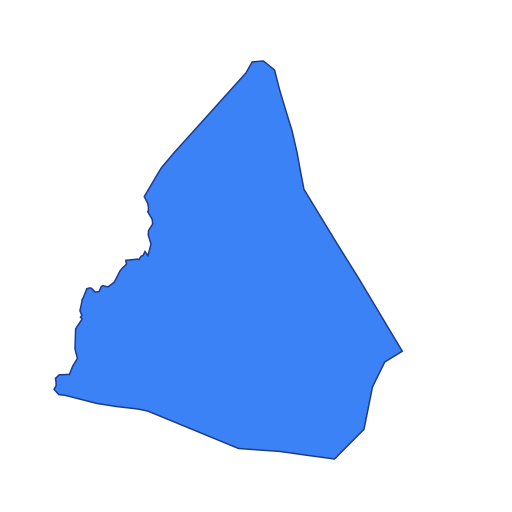 outline of San Agustín Tlacotepec, Oaxaca, Mexico, rotated 104°
{"feature_id": "50627088B32535788787618", "entity_name": "San Agustín Tlacotepec", "entity_type": "district", "adm_level": 2, "iso_a3": "MEX", "parent_name": "Mexico", "parent_adm1": "Oaxaca", "projection": "albers", "projection_center": [-97.514, 17.2], "detail": "fine", "context": "isolated", "style": "filled", "palette": "blue", "viewbox_px": 512, "rotation_deg": 104, "n_neighbors": 0, "source": "geoboundaries", "source_scale": "gbopen_adm2", "svg_char_len": 1289}
<svg xmlns="http://www.w3.org/2000/svg" viewBox="0 0 512 512"><g transform="rotate(104 256 256)"><path d="M398.0,109.3L354.8,111.3L327.6,105.4L313.0,91.0L311.0,93.0L294.9,109.1L253.6,150.2L223.2,181.6L179.7,225.6L166.8,231.6L145.3,241.4L125.9,251.2L116.4,257.0L89.6,273.0L71.1,283.0L70.8,283.7L66.6,292.5L65.0,296.0L66.0,299.1L68.6,306.6L80.9,310.1L176.6,361.0L193.1,369.1L201.8,371.8L225.4,378.8L231.1,373.8L234.4,372.3L234.7,372.1L238.3,371.4L239.2,371.8L245.6,365.6L250.0,364.0L257.1,366.4L261.6,365.7L269.7,360.8L279.7,360.9L281.8,360.9L278.5,364.8L282.7,365.7L284.1,367.5L287.8,368.7L287.7,370.3L291.7,381.3L295.3,379.7L299.9,382.7L303.3,384.3L308.8,385.6L315.7,387.2L321.9,392.3L321.8,397.5L323.1,398.7L328.5,399.7L329.9,403.3L327.1,407.8L327.3,410.0L328.7,412.2L338.6,413.6L340.2,414.2L344.7,413.8L351.7,413.6L355.8,410.6L357.8,411.5L359.2,409.5L370.3,413.4L389.9,409.2L398.6,404.5L407.1,407.2L416.0,408.4L418.9,418.2L423.3,421.0L426.7,419.5L430.3,418.6L434.2,419.7L438.2,413.8L437.4,408.1L437.6,375.0L435.8,354.8L433.2,335.1L432.9,330.4L432.7,323.3L447.0,226.3L442.2,198.9L440.0,186.6L437.2,160.0L434.3,133.8L434.3,133.5L434.0,130.7L432.2,129.6L430.8,128.8L424.8,125.3L423.0,124.2L408.6,115.6L406.9,114.6L398.0,109.3Z" fill="#3b82f6" stroke="#1e3a8a" stroke-width="1.5"/></g></svg>